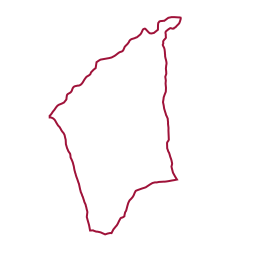 Bidung, Tashigang, Bhutan, rotated 168°
{"feature_id": "84629894B69325222968973", "entity_name": "Bidung", "entity_type": "district", "adm_level": 2, "iso_a3": "BTN", "parent_name": "Bhutan", "parent_adm1": "Tashigang", "projection": "equal_earth", "projection_center": [91.654, 27.391], "detail": "fine", "context": "isolated", "style": "outline", "palette": "rose", "viewbox_px": 256, "rotation_deg": 168, "n_neighbors": 0, "source": "geoboundaries", "source_scale": "gbopen_adm2", "svg_char_len": 4073}
<svg xmlns="http://www.w3.org/2000/svg" viewBox="0 0 256 256"><g transform="rotate(168 128 128)"><path d="M53.6,225.0L54.5,225.4L56.0,225.8L58.9,226.6L59.9,226.9L62.3,227.4L65.6,227.4L67.0,226.8L68.7,226.0L70.3,225.3L71.1,225.5L72.6,225.6L73.7,225.8L75.1,225.7L76.6,224.4L77.2,222.6L78.3,217.9L82.9,215.6L85.4,215.6L86.9,216.1L87.8,217.1L90.4,221.4L90.9,221.7L91.9,221.6L92.6,221.4L93.1,221.0L95.1,218.3L96.4,217.0L99.6,215.3L100.7,214.8L101.7,214.8L102.6,214.5L106.2,214.2L107.6,213.6L108.5,212.9L109.3,211.8L111.0,210.3L113.5,208.7L114.4,208.0L116.2,205.4L117.3,204.4L118.3,204.1L120.3,203.9L121.5,203.5L124.8,201.9L126.2,201.3L129.4,200.4L131.8,200.3L140.7,200.6L142.5,200.0L145.1,198.9L145.4,198.1L147.2,193.3L149.5,192.2L152.6,190.1L153.7,188.4L155.0,187.7L157.7,186.8L158.5,186.3L160.5,184.5L162.7,182.1L163.8,181.1L164.4,180.7L165.4,180.1L166.1,179.9L167.2,179.7L168.3,179.9L171.1,179.9L172.1,179.7L173.0,179.2L173.9,178.3L175.2,176.2L176.0,175.3L177.1,174.6L179.9,173.7L180.5,173.3L181.0,172.6L182.0,169.9L182.1,169.2L182.7,168.4L183.8,167.5L184.3,167.1L185.2,166.3L187.0,165.8L187.9,165.6L190.8,165.1L192.3,164.5L194.0,163.2L196.3,161.0L197.6,160.0L198.2,159.5L199.7,158.0L200.4,157.4L201.0,156.9L202.1,156.2L202.4,154.6L201.1,154.3L199.4,153.1L198.3,151.7L197.8,150.7L196.8,147.5L195.9,145.0L194.6,142.9L194.3,141.8L194.0,141.0L193.6,139.5L193.0,138.1L192.0,136.2L191.5,134.2L191.5,133.3L191.5,131.8L191.4,129.4L192.1,125.1L191.9,122.5L191.8,121.0L191.5,119.6L191.3,118.5L191.1,117.5L190.8,116.8L190.4,115.9L190.0,114.9L190.0,113.4L190.3,111.2L190.0,109.8L189.7,108.9L189.6,108.0L189.4,107.2L189.3,106.6L189.2,105.8L189.1,104.9L189.1,103.5L189.0,102.6L189.0,100.7L189.1,99.4L189.1,98.6L189.1,97.5L189.0,96.3L189.0,95.3L188.8,93.8L188.8,92.8L188.6,90.9L188.5,90.2L188.3,89.0L188.1,87.3L188.0,86.5L187.9,85.5L187.8,84.6L187.6,83.8L187.6,82.7L187.6,81.5L187.6,80.6L187.6,79.9L187.6,79.0L187.6,78.2L187.6,77.5L187.5,76.8L187.5,76.0L187.5,75.2L187.3,74.5L187.2,73.6L187.0,73.0L186.9,72.2L186.9,71.3L186.6,70.5L186.5,69.6L186.4,68.7L186.3,67.6L186.2,66.9L186.1,65.8L186.1,65.0L185.8,63.6L185.6,62.8L185.4,61.7L185.4,60.9L185.4,60.1L185.3,59.3L185.3,58.6L185.3,57.8L185.3,56.8L185.2,56.0L185.2,55.2L185.2,54.2L185.8,52.5L186.6,50.2L186.8,49.5L186.8,48.8L186.7,48.0L186.7,47.2L186.3,41.4L186.3,40.3L186.4,36.3L186.4,35.6L183.4,35.1L182.7,34.5L180.7,33.3L179.3,32.9L177.5,32.1L176.3,31.5L175.1,30.6L172.5,28.7L169.8,29.0L167.2,29.0L166.0,28.6L165.1,29.7L163.4,31.8L162.4,32.6L160.3,34.3L159.3,35.0L157.9,36.5L156.0,39.0L154.1,41.2L153.3,41.6L152.2,41.6L151.0,41.9L149.9,42.4L149.6,43.4L148.4,46.0L147.9,46.6L147.1,47.4L146.6,48.3L145.8,49.9L144.7,52.1L143.4,54.5L142.5,55.7L141.5,56.9L139.5,58.2L137.8,59.5L136.5,60.9L134.8,63.4L133.5,64.9L132.0,65.2L130.6,65.4L129.1,65.6L126.9,65.9L124.7,66.1L123.0,66.3L121.0,67.1L118.2,68.2L115.5,69.1L113.0,69.2L111.3,68.8L108.9,68.8L104.3,68.1L102.7,67.8L99.7,67.6L95.6,67.5L93.6,67.4L92.2,67.4L90.8,67.4L92.0,70.7L93.3,75.0L93.5,79.8L93.5,81.3L92.9,82.4L92.6,83.1L92.3,83.7L92.2,84.6L92.2,85.4L92.2,87.3L92.3,88.3L92.4,89.4L92.6,90.5L92.7,91.7L92.8,93.4L93.0,95.3L93.5,96.7L93.6,97.9L93.7,98.8L93.9,99.9L92.9,105.3L92.1,106.4L91.1,107.2L90.5,108.1L89.2,115.8L89.0,117.0L88.4,119.6L88.3,120.5L88.0,123.8L87.7,124.9L87.6,125.6L87.5,126.5L87.4,127.6L87.2,128.8L87.4,130.0L87.9,132.3L88.1,132.9L88.1,134.0L88.3,135.9L88.6,139.5L88.4,142.6L88.4,146.0L87.3,148.8L86.7,150.6L85.9,151.9L85.3,152.9L83.5,155.6L83.3,156.3L82.5,159.4L82.0,163.7L81.1,166.7L80.9,170.3L79.3,173.0L78.9,175.3L78.6,178.2L77.6,181.3L77.0,182.7L76.8,183.6L76.7,185.0L76.7,187.0L76.8,188.1L76.8,189.2L76.8,190.3L76.5,191.9L76.4,193.1L76.2,194.2L76.1,195.1L75.9,197.3L76.0,198.9L76.7,201.5L76.7,202.2L75.9,203.4L75.7,205.0L75.4,205.7L74.5,206.6L72.5,208.0L72.1,208.6L72.0,209.6L71.8,210.8L71.6,211.6L71.6,212.8L71.4,213.9L70.7,214.7L69.2,215.5L67.8,216.2L65.9,216.9L65.1,216.6L64.0,216.0L63.4,215.8L62.5,215.8L61.9,216.4L60.7,216.6L58.9,217.9L57.5,218.8L56.2,219.7L55.3,221.0L54.7,222.0L53.7,223.9L53.6,225.0Z" fill="none" stroke="#9f1239" stroke-width="2"/></g></svg>